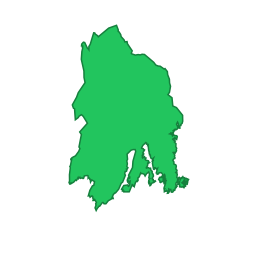 Lyngdal nor, Vest-Agder, Norway, rotated 295°
{"feature_id": "86288312B23771706622322", "entity_name": "Lyngdal nor", "entity_type": "district", "adm_level": 2, "iso_a3": "NOR", "parent_name": "Norway", "parent_adm1": "Vest-Agder", "projection": "equal_earth", "projection_center": [7.039, 58.163], "detail": "fine", "context": "isolated", "style": "filled", "palette": "green", "viewbox_px": 256, "rotation_deg": 295, "n_neighbors": 0, "source": "geoboundaries", "source_scale": "gbopen_adm2", "svg_char_len": 5860}
<svg xmlns="http://www.w3.org/2000/svg" viewBox="0 0 256 256"><g transform="rotate(295 128 128)"><path d="M205.9,90.6L204.7,88.8L206.2,87.2L207.9,83.2L209.6,81.9L211.3,79.3L211.4,78.3L212.9,77.6L216.2,74.2L210.4,68.3L198.1,62.5L198.8,61.5L199.3,58.6L200.1,57.7L199.8,56.7L187.9,58.4L185.4,58.1L182.6,59.3L183.1,58.6L182.9,57.8L187.2,52.6L186.9,51.3L184.5,50.6L182.7,51.2L183.1,52.4L181.7,52.6L181.5,53.1L177.8,53.9L170.5,56.7L161.0,64.0L155.2,66.8L151.0,69.9L139.0,68.0L134.1,68.4L125.4,67.8L122.9,70.2L122.9,71.4L113.2,76.8L116.4,78.5L118.1,78.7L120.4,80.2L119.6,82.6L115.2,89.2L104.0,85.9L102.4,88.5L90.1,91.6L89.0,93.1L85.9,93.2L80.6,92.2L77.6,89.9L75.8,89.3L75.3,89.5L75.8,90.2L69.7,91.7L68.0,91.5L68.5,91.8L67.4,92.6L60.9,94.7L55.1,97.5L53.8,97.5L52.7,98.7L54.0,99.4L53.3,99.8L56.1,101.7L58.8,102.5L58.7,103.5L62.1,103.7L61.2,104.6L63.1,105.2L62.3,106.3L63.4,107.4L63.2,108.6L63.7,109.0L66.2,108.7L67.9,111.5L67.8,112.0L65.6,113.1L66.4,113.4L65.9,114.8L65.3,115.1L65.4,115.5L63.2,116.9L65.6,117.1L65.3,120.3L61.6,121.2L60.5,120.2L55.4,119.8L49.7,120.7L50.4,121.7L49.2,122.9L51.2,124.0L51.1,124.9L49.0,126.2L49.1,127.1L47.6,127.0L48.2,128.2L48.9,128.4L47.2,130.8L45.7,130.7L44.6,131.6L41.7,131.9L39.8,134.0L42.1,134.1L45.1,134.9L45.2,135.4L49.6,136.3L50.0,137.0L49.2,138.3L50.0,140.0L53.8,140.9L56.4,142.8L58.2,143.0L57.4,143.6L57.8,144.4L58.8,143.5L58.6,143.0L61.4,142.8L63.6,143.5L63.8,144.1L68.6,145.4L75.1,145.2L76.6,146.0L84.2,145.6L84.8,144.5L87.4,143.8L87.9,144.7L88.7,145.0L90.1,144.0L90.3,144.6L92.0,144.7L92.5,143.2L95.2,142.6L97.7,140.8L99.5,140.8L103.9,138.2L109.1,140.1L110.6,141.7L111.5,143.6L110.0,144.9L100.1,146.5L94.0,148.8L85.4,148.5L84.7,149.3L83.2,149.2L84.1,150.4L83.1,150.7L82.4,149.6L80.5,149.3L79.0,150.4L80.3,151.0L80.0,151.6L78.8,151.9L80.4,152.5L77.0,153.6L74.7,153.0L76.1,152.7L76.3,151.9L74.1,148.5L69.7,148.0L69.5,148.6L70.0,149.4L68.7,149.7L69.1,150.1L68.4,151.0L69.0,151.4L68.7,152.0L70.7,156.1L78.6,155.7L78.6,156.3L77.5,157.4L78.0,157.8L77.6,158.4L81.8,157.8L84.1,158.5L84.5,158.8L84.0,159.1L84.6,159.3L86.9,158.1L88.4,158.8L92.7,158.5L92.3,159.4L92.9,160.7L92.9,162.3L91.7,163.8L94.4,164.1L96.9,165.3L95.2,167.0L91.7,167.9L90.9,168.8L91.1,169.1L89.5,168.9L87.5,169.6L86.7,170.2L87.5,170.4L87.0,170.6L87.2,171.2L85.0,172.2L85.4,172.7L88.1,172.9L89.5,174.4L91.4,175.4L91.7,174.8L90.9,174.1L90.8,173.2L92.1,172.6L91.9,171.9L92.4,171.2L95.2,171.4L96.8,170.2L97.4,168.9L99.0,168.2L99.3,166.8L101.1,165.4L100.6,164.9L100.6,162.7L99.5,161.9L99.6,161.4L102.6,161.5L104.2,161.0L104.9,161.5L104.6,160.8L105.2,160.8L106.1,161.3L106.9,160.3L106.4,157.9L106.9,156.8L108.3,157.0L108.1,156.0L109.0,155.1L107.0,154.0L107.4,153.4L109.6,153.3L108.7,152.8L109.1,152.5L110.2,152.6L110.5,153.1L110.8,153.1L111.5,152.7L111.7,151.9L115.1,152.3L115.2,151.7L114.8,151.4L115.7,150.5L115.4,148.9L115.8,148.7L118.5,148.8L122.4,150.3L122.2,151.3L121.2,151.6L121.6,153.2L120.4,153.3L120.6,153.7L115.9,156.5L115.6,157.3L114.3,157.6L113.4,158.8L112.8,158.8L112.8,159.8L111.7,160.2L110.2,161.8L110.2,163.1L111.6,163.8L109.9,163.9L109.4,164.5L109.0,163.9L108.0,164.0L107.9,164.7L106.3,165.1L101.5,168.5L101.5,169.2L103.0,169.8L103.3,169.0L103.6,169.6L102.8,171.2L103.9,171.8L99.2,172.6L99.2,173.5L98.4,174.0L99.3,175.0L100.6,175.1L101.6,177.1L99.8,180.8L101.2,180.9L100.9,181.3L97.7,183.1L97.7,183.6L95.2,183.7L96.0,182.8L95.4,182.8L95.5,181.9L95.1,181.8L98.2,182.0L97.3,181.1L98.2,180.9L98.1,180.0L99.6,180.3L99.9,179.3L98.1,179.2L98.3,179.9L97.9,179.9L97.3,179.1L98.3,178.8L97.5,178.8L96.6,177.5L94.3,177.5L93.6,179.2L92.4,179.9L92.4,180.7L94.1,181.5L94.1,182.7L94.8,182.7L94.0,183.4L95.0,183.8L92.2,184.3L97.3,184.8L93.2,184.8L93.6,185.4L88.8,186.0L88.2,186.3L88.4,187.0L87.6,186.8L85.6,187.9L87.3,189.0L86.8,189.2L87.6,190.5L87.5,191.0L85.5,191.3L86.0,192.1L88.0,192.4L88.9,191.9L88.9,191.1L90.0,190.7L89.8,191.9L90.4,192.7L88.2,194.4L88.8,195.6L90.2,195.8L91.3,195.0L90.7,196.1L91.4,196.7L93.2,196.3L94.3,196.8L94.5,196.2L95.9,197.0L96.0,196.1L96.8,196.1L96.8,195.3L98.4,194.8L100.3,195.3L103.1,194.6L103.6,194.3L103.7,193.2L106.9,192.2L107.3,191.4L108.7,191.4L107.7,191.2L107.8,190.1L109.9,190.6L110.5,190.0L109.8,189.8L110.5,189.8L111.0,188.7L113.9,187.9L114.8,186.9L114.8,184.7L116.6,184.0L117.7,182.2L119.9,182.7L120.2,183.3L121.0,183.1L121.8,182.1L123.2,181.9L124.9,179.3L125.5,180.2L125.3,181.4L127.9,181.6L128.7,180.9L130.2,180.7L131.3,179.2L134.1,178.1L134.8,176.1L136.1,176.4L136.5,175.5L136.0,175.3L136.7,173.3L137.6,173.5L138.0,174.3L139.7,174.5L137.7,175.3L138.4,175.8L138.2,176.9L141.0,176.3L141.6,175.4L140.7,172.8L141.3,172.2L139.7,171.6L140.7,170.8L140.3,168.3L141.4,169.1L141.6,169.9L141.8,169.6L141.9,170.2L142.5,170.3L142.3,171.0L144.0,171.0L144.6,170.2L145.5,171.8L145.4,170.6L146.1,170.6L146.9,171.4L146.6,172.2L147.7,173.0L149.8,172.9L152.0,170.3L154.3,170.4L152.9,172.1L149.8,173.2L149.4,174.3L149.9,175.1L151.6,173.9L152.6,174.9L153.4,174.4L155.1,175.1L157.3,174.7L162.6,172.1L167.0,163.3L166.9,159.3L174.0,155.1L175.1,150.1L177.9,150.5L183.8,148.9L186.3,146.7L189.7,144.9L193.1,141.4L195.8,139.8L197.5,136.4L196.7,135.9L197.6,131.1L196.9,129.1L196.8,126.6L198.4,123.6L201.6,111.9L200.8,109.6L199.4,108.2L198.8,106.1L197.2,103.9L196.8,100.0L197.1,99.4L199.7,99.2L204.1,91.9L205.9,90.6ZM104.0,194.8L97.8,197.0L98.5,197.9L101.7,197.4L98.6,198.1L98.6,198.7L96.5,199.7L97.2,201.8L98.3,202.8L97.5,203.5L97.6,204.0L99.6,203.6L99.3,204.5L99.7,204.8L100.9,204.1L99.9,203.5L100.7,201.9L101.4,201.5L100.8,201.1L101.1,200.0L102.6,200.6L102.4,201.1L104.3,200.7L105.5,201.2L101.5,202.8L102.0,205.4L104.3,204.9L104.2,203.9L103.3,203.5L103.9,202.8L105.0,203.7L105.2,204.5L106.9,204.6L106.7,203.7L107.0,203.5L106.6,203.1L107.0,202.1L106.0,201.0L106.8,200.4L106.3,200.0L106.7,199.2L106.2,198.8L106.9,198.2L105.3,197.8L105.4,197.4L102.9,197.2L104.8,196.0L105.0,195.2L104.0,194.8Z" fill="#22c55e" stroke="#15803d" stroke-width="1.5"/></g></svg>